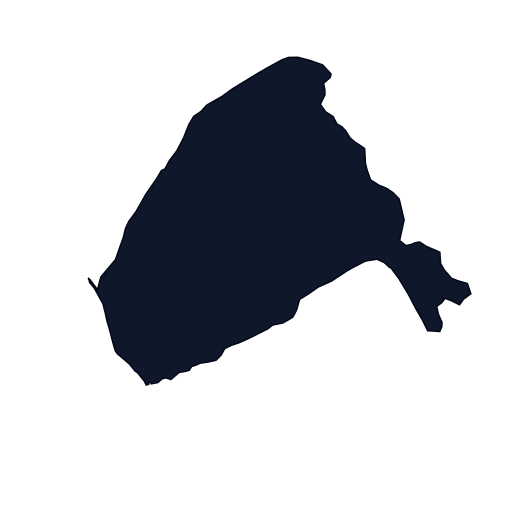 the district of Tuobo, River Gee, Liberia, rotated 330°
{"feature_id": "62588387B28588993408977", "entity_name": "Tuobo", "entity_type": "district", "adm_level": 2, "iso_a3": "LBR", "parent_name": "Liberia", "parent_adm1": "River Gee", "projection": "equal_earth", "projection_center": [-7.667, 5.015], "detail": "fine", "context": "isolated", "style": "filled", "palette": "ink", "viewbox_px": 512, "rotation_deg": 330, "n_neighbors": 0, "source": "geoboundaries", "source_scale": "gbopen_adm2", "svg_char_len": 2040}
<svg xmlns="http://www.w3.org/2000/svg" viewBox="0 0 512 512"><g transform="rotate(330 256 256)"><path d="M367.3,406.6L370.8,408.8L377.3,413.3L381.4,410.3L383.9,406.6L384.8,397.8L387.3,389.9L393.2,389.4L398.7,387.2L402.7,392.3L407.9,400.0L414.0,397.2L423.2,396.1L425.3,385.5L418.2,378.1L414.2,373.0L412.1,362.3L412.1,354.9L417.1,344.7L408.4,332.9L404.7,325.7L400.6,324.1L396.2,323.6L391.1,322.0L388.1,314.4L396.6,305.1L402.3,298.8L408.5,278.2L406.3,269.6L403.0,262.8L398.0,256.4L393.3,247.4L395.1,237.6L395.5,236.0L397.0,230.7L403.8,217.3L401.4,212.2L398.7,206.9L396.5,200.8L396.3,192.7L395.0,187.0L392.1,182.0L392.5,173.8L389.6,168.3L388.4,166.0L387.6,156.8L392.2,153.7L396.3,150.9L398.8,146.3L400.9,140.2L409.5,138.5L412.0,136.0L409.3,123.9L400.3,113.4L391.7,104.9L383.5,100.3L377.0,99.1L364.8,98.8L358.0,98.7L348.0,98.7L319.7,99.4L305.9,100.8L288.7,100.7L280.7,103.3L271.9,103.9L264.3,108.2L263.3,108.8L252.3,117.5L240.0,125.3L228.7,130.1L221.9,134.3L220.7,135.0L216.8,134.7L209.1,139.0L195.4,145.6L191.0,147.7L174.4,157.5L163.2,162.4L156.5,167.1L150.5,173.5L142.3,180.4L132.6,188.8L111.1,196.6L101.9,205.9L100.5,194.1L99.8,191.1L98.7,196.0L99.5,200.6L99.9,202.8L99.7,211.6L99.6,220.7L96.9,230.2L94.4,237.9L93.0,244.0L88.4,260.9L86.7,267.9L86.9,269.3L87.1,271.5L87.7,273.1L89.1,277.0L92.4,286.4L93.8,295.4L95.1,298.0L96.7,308.6L96.4,312.8L98.8,313.5L99.5,312.2L101.1,312.7L101.4,313.7L101.3,314.3L107.6,316.5L113.8,315.4L117.2,316.6L120.5,320.4L125.4,319.5L131.2,318.4L137.5,320.7L141.1,321.6L142.0,321.1L145.0,319.5L148.9,320.4L154.3,321.0L161.8,324.0L169.3,326.3L176.4,324.3L182.7,320.5L183.9,320.6L190.4,321.1L197.5,322.6L208.9,323.8L229.8,325.0L235.8,324.1L245.7,327.4L252.5,327.5L257.4,327.3L262.4,324.2L264.3,322.9L272.1,315.4L274.7,315.3L282.0,315.1L294.5,314.0L305.5,315.2L309.6,315.5L313.2,315.2L327.2,314.4L334.0,314.4L348.2,315.1L353.8,317.2L359.2,319.3L363.9,326.0L365.8,332.4L366.9,333.8L368.4,346.6L368.8,364.9L368.2,379.8L368.1,383.2L368.1,394.6L367.3,406.6Z" fill="#0f172a" stroke="#020617" stroke-width="1.5"/></g></svg>